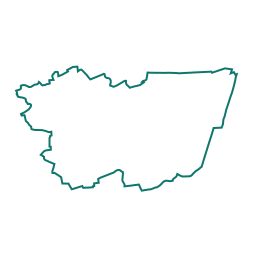 Thi xa Cai Lay, Tiền Giang, Vietnam (Equal Earth projection), rotated 88°
{"feature_id": "81297802B17596796998347", "entity_name": "Thi xa Cai Lay", "entity_type": "district", "adm_level": 2, "iso_a3": "VNM", "parent_name": "Vietnam", "parent_adm1": "Tiền Giang", "projection": "equal_earth", "projection_center": [106.133, 10.425], "detail": "fine", "context": "isolated", "style": "outline", "palette": "teal", "viewbox_px": 256, "rotation_deg": 88, "n_neighbors": 0, "source": "geoboundaries", "source_scale": "gbopen_adm2", "svg_char_len": 4668}
<svg xmlns="http://www.w3.org/2000/svg" viewBox="0 0 256 256"><g transform="rotate(88 128 128)"><path d="M182.3,85.2L181.8,85.2L181.4,85.1L180.7,84.7L180.1,84.0L179.1,82.5L178.4,81.6L177.7,81.1L176.4,80.6L176.2,80.5L175.7,80.3L176.2,79.5L176.7,78.8L177.6,77.1L178.0,76.3L178.2,75.9L178.3,75.2L178.4,73.9L178.4,72.1L178.4,70.0L178.4,69.0L178.4,68.4L178.2,67.3L177.8,66.5L177.1,65.6L176.2,64.8L175.5,64.1L174.8,63.4L173.3,61.6L172.1,59.5L170.9,57.8L169.8,56.7L169.4,55.8L162.1,53.3L153.2,50.2L144.4,47.1L136.4,44.2L134.1,43.5L131.0,42.4L130.9,34.4L130.1,34.1L127.3,32.9L125.2,32.7L123.7,32.5L122.9,32.3L121.4,31.8L120.5,31.3L119.1,30.8L116.2,30.0L113.8,29.4L109.2,27.7L105.1,26.2L101.2,24.8L96.2,22.8L92.8,21.7L88.2,20.3L85.9,19.7L84.2,19.2L81.8,18.7L80.6,18.4L80.4,18.3L78.0,17.5L78.4,18.9L75.9,20.2L76.3,21.5L77.0,23.4L73.0,22.0L71.8,29.0L75.7,42.1L74.6,42.7L74.7,50.9L74.8,59.6L74.9,62.9L74.9,64.3L75.1,75.1L74.9,76.7L74.8,77.5L74.7,78.3L74.6,79.6L74.2,85.7L74.2,88.1L74.1,91.9L74.0,93.5L73.7,100.5L73.5,103.9L73.3,106.5L76.5,107.1L80.0,107.9L80.5,108.3L81.0,109.0L81.2,109.7L81.4,110.8L81.6,111.4L82.2,112.0L82.2,111.7L82.5,111.2L82.7,110.9L83.0,110.6L85.5,114.5L86.3,118.2L86.6,120.0L87.8,124.8L87.5,125.0L87.4,125.1L86.4,126.0L85.1,127.4L84.6,127.8L83.9,128.2L83.7,128.3L82.8,128.4L80.8,128.4L80.7,129.3L80.9,130.0L84.8,137.0L85.9,139.6L86.3,141.2L85.7,142.2L85.2,143.6L85.1,144.0L85.0,144.3L84.8,144.4L84.2,144.4L83.2,144.0L82.0,143.7L80.7,143.6L79.9,143.7L79.3,143.9L78.7,144.1L78.2,144.5L77.8,145.1L77.6,145.6L77.4,146.5L77.3,146.8L77.3,147.2L76.9,148.0L76.4,148.7L76.2,148.9L75.6,149.2L74.3,149.4L73.3,149.6L73.2,149.8L73.0,150.3L73.2,150.6L75.6,157.0L78.1,163.9L76.8,165.1L73.7,167.3L71.3,169.5L68.8,171.7L68.1,172.5L68.1,172.9L68.1,173.3L68.1,173.7L68.3,174.1L69.6,176.1L65.2,176.4L64.9,176.5L65.1,180.6L65.2,181.2L68.0,186.8L69.4,186.0L72.6,192.2L73.8,195.8L71.4,195.9L69.6,196.3L69.4,198.0L69.6,198.8L69.7,199.3L70.8,200.0L72.0,201.3L73.0,201.8L74.1,201.8L76.3,201.2L77.3,200.8L77.5,205.0L78.5,205.0L78.9,204.9L79.4,204.8L79.9,204.6L80.3,204.6L80.6,204.6L80.9,204.8L81.0,205.3L81.1,205.8L81.2,206.2L81.3,207.5L82.1,209.3L82.2,209.9L82.2,210.5L82.3,211.0L82.5,211.7L81.7,213.0L80.3,213.9L78.9,215.4L80.1,216.0L80.3,216.1L80.6,216.5L80.9,216.8L81.1,217.3L81.2,217.7L81.3,218.3L81.4,219.1L81.4,219.7L81.5,220.0L81.9,220.7L82.4,221.5L83.4,223.3L83.5,223.6L83.6,224.2L83.6,225.7L82.9,226.6L81.9,228.7L81.6,229.6L81.5,230.7L81.5,231.4L81.6,232.5L82.0,233.4L82.3,233.7L82.7,233.7L83.1,233.6L83.6,233.5L84.5,233.6L84.9,233.8L85.2,233.9L85.6,234.5L86.1,235.7L86.6,237.9L86.8,238.5L87.4,238.2L87.8,238.0L89.1,237.7L90.0,237.6L90.3,238.1L91.0,237.8L91.2,237.4L91.6,237.2L91.9,237.2L92.5,237.1L92.8,236.9L93.1,236.4L93.2,236.0L93.5,234.7L93.8,232.9L94.1,231.8L94.3,231.2L94.6,230.5L95.0,230.0L95.4,229.4L95.9,229.1L96.7,229.1L97.3,229.1L98.1,228.9L98.6,228.5L99.0,228.0L99.5,227.8L100.0,227.7L100.4,227.4L100.6,226.9L100.6,226.6L100.4,226.1L100.4,225.7L100.5,225.4L101.2,224.3L101.7,224.1L102.2,224.1L103.2,224.4L104.7,225.5L105.9,226.5L107.2,228.5L108.8,231.1L110.2,234.4L111.8,233.9L111.6,231.0L113.2,230.6L115.7,230.2L117.5,229.8L119.4,227.8L121.4,226.7L123.3,224.7L124.7,224.7L125.8,224.4L126.2,223.2L126.6,221.7L126.7,221.2L126.8,219.1L126.8,218.1L127.0,215.4L127.1,214.2L127.3,213.3L128.1,210.4L129.0,208.3L129.3,207.5L129.3,207.0L129.3,206.2L129.1,204.8L132.8,204.7L133.3,206.1L134.5,206.3L134.9,206.6L135.3,206.8L139.2,206.9L143.8,207.1L144.0,205.9L147.0,205.9L147.4,209.9L147.7,211.2L147.8,211.7L148.0,212.1L148.2,212.5L148.5,212.9L149.4,213.8L151.8,216.1L153.8,212.9L154.4,212.9L155.2,213.1L155.9,212.9L157.2,211.8L157.5,211.2L157.9,210.1L158.7,208.6L160.2,205.5L161.4,202.8L165.6,204.0L168.4,205.1L170.3,205.1L170.4,202.8L172.5,199.8L174.8,196.6L181.2,195.5L181.5,189.4L182.0,189.2L186.7,186.7L187.3,186.3L184.4,175.7L186.2,174.8L186.2,173.2L186.1,172.0L186.2,171.0L186.0,165.2L185.0,165.1L184.9,163.8L182.2,163.8L181.7,159.2L179.8,159.4L177.9,159.6L176.9,157.8L172.5,145.3L172.3,144.3L171.7,143.4L170.4,141.6L170.0,140.8L169.8,140.1L169.7,139.2L169.6,138.7L169.8,137.8L170.1,137.1L170.5,136.7L170.9,136.4L171.1,136.1L171.4,135.7L171.5,135.5L171.7,134.8L173.3,134.6L175.7,134.9L178.8,135.4L180.5,135.4L181.4,135.0L183.0,134.1L184.0,133.6L185.1,133.3L186.2,133.5L185.8,128.5L185.7,126.9L185.3,123.6L185.2,122.2L184.9,119.1L188.6,117.6L191.1,116.4L190.6,112.9L190.4,111.4L190.2,109.7L190.1,107.6L189.9,106.9L189.2,104.7L188.7,103.6L188.5,102.8L188.4,101.8L187.8,100.2L186.7,98.5L185.4,96.9L183.7,95.3L182.6,93.9L182.2,92.8L182.0,92.3L182.1,90.9L182.3,89.4L182.6,88.2L182.6,87.3L182.4,86.5L182.3,85.2Z" fill="none" stroke="#0f766e" stroke-width="2"/></g></svg>